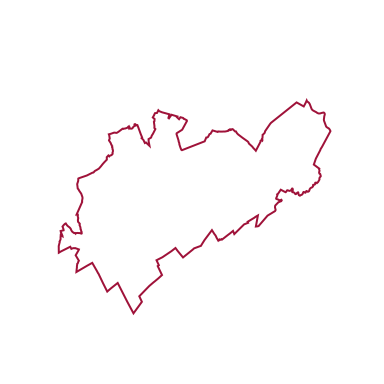 outline of Pachuca de Soto, Hidalgo, Mexico, rotated 28°
{"feature_id": "50627088B83230284836349", "entity_name": "Pachuca de Soto", "entity_type": "district", "adm_level": 2, "iso_a3": "MEX", "parent_name": "Mexico", "parent_adm1": "Hidalgo", "projection": "equal_earth", "projection_center": [-98.775, 20.104], "detail": "fine", "context": "isolated", "style": "outline", "palette": "rose", "viewbox_px": 384, "rotation_deg": 28, "n_neighbors": 0, "source": "geoboundaries", "source_scale": "gbopen_adm2", "svg_char_len": 5995}
<svg xmlns="http://www.w3.org/2000/svg" viewBox="0 0 384 384"><g transform="rotate(28 192 192)"><path d="M181.2,128.0L181.0,131.9L180.3,132.6L180.3,135.5L180.2,136.1L180.0,136.5L179.0,137.2L179.4,141.3L163.5,159.8L162.9,159.8L162.2,159.3L161.0,158.3L158.5,155.9L157.8,154.8L156.5,153.7L156.3,153.3L155.5,152.4L151.2,148.2L151.0,147.8L150.9,147.4L151.0,147.1L154.0,141.8L154.1,141.5L154.2,132.2L154.2,131.7L154.0,131.4L153.6,131.1L150.9,131.1L150.4,131.3L150.1,131.2L149.8,130.9L149.3,130.8L146.7,131.4L146.4,133.8L143.5,133.0L143.6,132.2L137.7,133.4L137.3,136.0L137.1,137.8L136.4,137.7L135.6,134.0L128.1,135.7L125.1,136.0L123.9,135.6L124.0,138.6L122.3,139.8L122.4,142.0L122.5,142.1L122.4,143.4L122.4,144.6L124.7,145.1L125.6,147.3L125.4,147.9L127.9,151.4L128.7,153.1L130.1,153.6L130.2,159.0L130.0,161.1L130.2,162.3L130.3,163.2L128.8,165.7L130.0,167.7L132.8,171.2L128.1,169.9L127.4,170.9L124.6,168.8L122.2,168.1L122.4,167.3L119.5,164.9L114.4,160.3L112.4,158.6L112.0,159.0L109.8,158.8L109.5,159.3L110.1,159.8L110.7,160.2L109.9,161.2L109.5,162.8L109.5,163.6L109.3,164.0L108.7,164.6L107.9,164.9L107.3,164.9L107.1,164.9L106.7,164.5L106.8,165.2L106.7,165.5L105.1,164.3L104.7,165.7L103.1,167.4L102.0,168.1L101.8,168.5L101.0,168.7L98.9,173.2L98.0,174.8L97.5,175.3L95.8,175.9L95.2,176.3L93.1,178.6L91.5,180.1L92.4,180.9L93.6,182.6L94.1,183.1L94.3,183.9L94.4,185.3L94.6,185.5L97.2,186.9L98.3,187.9L98.8,188.1L99.1,188.5L99.7,188.9L100.1,189.0L100.2,189.5L100.4,190.0L101.0,190.3L101.8,191.6L102.5,192.1L103.2,193.5L103.3,194.1L103.4,194.8L104.0,195.5L103.7,197.0L103.4,197.5L102.8,198.0L102.3,198.9L102.2,199.4L101.0,199.0L100.4,201.3L101.6,203.4L100.6,206.9L100.0,209.4L99.5,212.2L98.8,215.1L97.3,217.6L96.6,218.6L96.2,219.4L96.1,220.2L95.8,221.1L95.1,221.6L91.4,226.8L85.7,232.9L85.3,233.5L86.3,235.6L86.7,237.7L86.9,238.9L89.5,242.6L90.7,243.0L91.1,243.4L92.1,244.0L95.0,245.5L97.7,248.0L98.3,249.0L99.2,251.8L99.7,252.3L100.7,266.2L101.8,265.6L102.1,265.9L102.4,266.9L102.8,267.5L103.3,267.8L104.0,268.9L104.0,269.5L104.3,269.9L104.5,270.5L105.4,271.8L107.6,272.6L108.0,272.9L108.1,273.8L108.3,274.1L109.5,275.0L110.7,276.4L110.9,277.0L111.8,277.6L112.8,278.9L113.1,278.9L113.3,279.1L113.7,279.8L114.0,280.1L114.0,280.6L113.8,280.7L112.1,281.0L111.4,281.4L110.3,281.8L109.3,282.5L109.0,282.6L108.7,283.1L108.7,283.3L108.2,283.1L107.8,283.1L107.3,283.6L107.0,283.6L105.0,283.3L104.3,283.0L103.2,282.3L102.3,281.5L101.0,280.9L100.2,280.7L98.3,280.4L96.9,279.9L95.3,279.0L95.1,279.2L94.7,280.0L94.3,281.2L93.9,283.3L96.1,285.3L96.6,286.1L94.3,288.1L95.6,289.7L95.8,289.5L97.8,291.2L97.6,291.3L98.2,291.9L96.4,291.9L97.4,294.1L98.1,295.3L98.3,296.6L98.3,297.9L98.7,298.2L99.7,302.3L102.9,308.1L104.4,305.7L110.2,297.5L112.1,298.7L112.2,298.8L113.3,297.5L113.7,297.2L114.3,297.0L115.1,296.4L119.1,295.8L119.2,296.5L119.0,302.5L124.4,305.8L124.3,306.9L124.6,308.1L124.4,309.5L124.6,309.7L125.3,311.7L125.9,312.8L126.0,313.3L126.3,313.9L126.7,315.0L127.5,316.9L133.9,306.5L137.2,301.4L145.3,306.5L147.2,307.8L147.6,307.9L156.4,314.4L163.9,319.7L165.5,315.5L169.1,307.2L186.1,319.1L197.3,326.6L199.3,312.5L194.4,308.8L198.4,295.0L200.6,289.4L200.6,289.5L202.7,284.4L204.5,279.4L196.5,273.5L197.1,272.2L192.7,268.9L196.5,263.5L201.6,253.9L203.7,249.2L206.6,250.6L214.8,254.0L219.7,242.5L220.3,240.8L225.2,235.3L225.2,234.2L225.6,228.6L227.5,216.3L231.3,218.5L233.1,219.3L234.3,220.1L234.8,220.6L238.0,222.6L238.4,221.2L239.0,221.5L240.1,219.8L240.8,220.0L243.7,213.5L245.1,210.5L246.5,207.1L249.1,209.3L253.2,196.1L256.0,192.9L255.1,192.2L259.1,185.5L259.8,184.0L261.2,181.8L264.6,192.5L266.2,191.4L266.8,190.8L266.9,190.3L269.8,177.4L274.3,169.8L274.3,169.3L274.3,168.9L274.2,168.5L272.5,166.6L272.0,165.5L271.9,165.1L271.9,164.7L273.1,160.5L274.8,158.5L275.1,158.2L275.1,157.7L275.1,157.2L274.9,157.1L274.5,156.9L273.8,157.8L273.4,158.0L272.5,158.3L271.9,158.2L269.9,158.5L269.6,158.5L269.3,158.2L269.2,157.6L269.1,156.1L268.9,155.0L268.8,154.4L268.3,154.1L268.8,153.0L269.3,148.3L273.8,148.3L274.8,148.2L274.9,147.8L275.1,147.1L275.1,146.1L275.2,145.9L275.6,145.6L277.4,145.3L277.8,145.1L278.3,144.5L278.5,144.1L278.7,143.3L278.7,142.2L278.8,141.9L279.1,141.8L279.6,142.1L280.1,142.9L280.3,143.7L280.2,144.6L280.3,144.8L280.5,144.9L280.8,145.0L281.8,144.6L282.3,144.6L283.0,144.7L284.2,145.3L284.6,145.2L285.0,144.6L285.2,143.4L285.7,142.6L285.8,142.5L286.1,142.6L286.8,143.6L287.9,144.6L289.0,144.6L289.2,144.3L289.3,143.9L290.2,142.9L290.5,142.2L290.5,141.1L290.4,140.2L290.4,139.8L290.5,139.6L290.8,139.4L292.3,139.5L292.5,139.2L292.5,137.6L292.6,137.4L293.1,137.3L293.5,137.5L293.9,137.5L294.3,137.3L294.7,136.8L294.9,136.3L294.9,135.8L294.6,134.3L294.7,133.5L294.8,133.0L295.2,132.3L295.7,131.7L296.0,131.2L296.2,130.0L296.1,129.7L295.6,129.1L295.6,128.9L295.7,128.7L296.4,128.3L296.9,127.7L297.0,127.2L296.5,126.2L296.6,125.8L297.4,125.4L298.1,125.5L298.6,124.1L298.7,121.5L298.6,120.9L298.1,120.2L298.0,119.9L298.0,119.0L298.2,118.2L298.3,117.8L298.2,117.5L297.9,117.1L296.7,115.9L296.1,116.0L295.8,115.9L295.6,115.7L294.9,114.8L294.8,114.0L294.5,113.2L293.4,112.1L293.4,111.6L286.7,110.6L285.7,104.4L285.6,94.8L285.4,93.7L285.6,91.1L285.7,73.4L285.2,72.8L283.3,71.7L280.5,71.5L279.7,71.2L275.0,67.0L274.4,66.1L273.2,62.9L272.9,61.4L272.6,60.8L272.1,60.3L271.3,60.0L270.8,60.1L269.4,61.3L268.1,62.6L267.0,63.2L265.6,63.4L264.5,63.2L260.7,63.2L259.6,63.0L258.6,62.5L255.5,59.8L254.7,59.1L254.2,58.8L253.3,58.3L250.9,57.9L250.3,57.4L250.5,59.8L250.5,64.0L242.3,63.8L229.3,93.8L229.0,95.2L228.0,104.0L228.4,105.6L227.8,107.8L227.5,108.3L228.9,111.3L228.8,112.2L229.8,113.0L229.9,113.5L228.9,113.2L228.8,114.2L228.5,114.8L228.9,115.3L229.0,125.6L228.3,125.3L225.6,124.4L223.8,123.6L219.5,122.5L218.3,121.5L217.2,121.2L211.1,120.4L205.6,119.5L203.9,118.9L202.4,117.9L201.7,118.3L198.4,117.4L197.5,118.1L196.6,118.6L197.1,119.0L196.8,119.3L196.4,119.0L195.2,120.0L195.4,120.7L195.2,121.1L192.9,123.0L189.2,125.1L186.6,126.3L186.5,126.9L181.2,128.0Z" fill="none" stroke="#9f1239" stroke-width="2"/></g></svg>